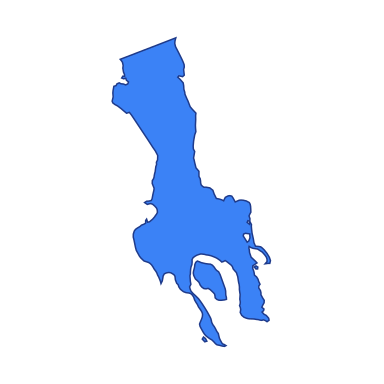 outline of Godofredo Viana, Maranhão, Brazil, rotated 140°
{"feature_id": "56859067B50011400065460", "entity_name": "Godofredo Viana", "entity_type": "district", "adm_level": 2, "iso_a3": "BRA", "parent_name": "Brazil", "parent_adm1": "Maranhão", "projection": "robinson", "projection_center": [-45.732, -1.359], "detail": "fine", "context": "isolated", "style": "filled", "palette": "blue", "viewbox_px": 384, "rotation_deg": 140, "n_neighbors": 0, "source": "geoboundaries", "source_scale": "gbopen_adm2", "svg_char_len": 5557}
<svg xmlns="http://www.w3.org/2000/svg" viewBox="0 0 384 384"><g transform="rotate(140 192 192)"><path d="M161.7,339.8L161.7,337.9L161.9,336.1L163.4,333.2L165.4,331.3L167.4,327.9L168.2,325.4L169.3,323.9L170.5,325.2L172.6,324.5L171.6,322.6L169.6,321.7L170.4,319.8L169.9,317.1L171.7,316.1L174.0,316.7L175.1,318.8L176.8,320.5L177.6,322.4L179.9,323.1L181.8,322.3L183.9,323.2L187.3,320.4L189.0,318.7L191.3,315.5L194.8,312.9L195.4,311.1L194.8,308.5L193.7,305.8L192.7,301.4L192.2,298.3L191.8,296.1L191.5,294.4L188.8,293.3L188.9,289.9L189.2,287.1L192.3,259.5L193.3,251.5L193.7,247.0L194.8,242.0L196.5,240.1L197.8,238.7L200.1,237.7L201.5,235.8L203.4,234.7L205.6,232.7L207.2,231.2L208.7,230.2L210.2,229.0L211.6,227.7L213.4,226.7L215.0,226.3L217.0,224.1L217.8,221.7L218.6,219.3L220.0,217.9L223.6,215.2L227.0,212.4L228.7,211.7L230.8,212.7L232.7,214.1L235.1,214.4L234.2,211.2L232.5,210.5L231.0,209.6L230.0,207.8L229.6,205.3L229.5,202.7L230.0,200.9L231.6,198.6L233.5,197.8L235.0,197.5L236.5,197.0L239.6,196.5L243.7,196.5L245.4,197.4L244.2,200.4L245.8,200.0L247.6,197.9L249.7,198.3L252.0,199.1L253.9,199.0L256.9,199.5L259.3,199.7L261.3,199.2L264.0,197.5L266.0,195.2L267.2,192.7L270.9,185.9L272.2,183.1L272.7,180.6L273.5,176.6L273.6,174.3L273.4,172.5L273.1,170.0L270.6,166.0L270.0,164.2L269.8,162.1L270.1,159.4L270.5,157.3L270.7,154.1L271.1,152.2L271.7,150.6L272.2,148.1L273.6,143.9L274.6,141.8L271.9,143.0L269.7,144.8L268.1,146.2L265.8,147.1L263.4,146.4L261.4,145.2L260.1,143.6L259.5,141.9L259.0,140.2L259.2,138.4L261.2,135.4L262.4,131.9L262.2,130.0L263.1,127.7L263.4,125.0L263.1,123.3L262.6,121.1L261.3,118.8L259.2,116.5L258.3,115.1L258.0,112.8L258.3,110.3L259.4,107.6L259.9,104.9L260.2,102.3L260.9,99.8L261.1,97.3L261.3,95.1L261.8,92.9L262.8,91.2L264.5,89.6L266.7,88.3L269.3,87.0L271.1,86.0L272.2,83.9L272.7,81.8L273.1,79.7L273.5,77.6L273.8,75.3L273.8,73.2L273.4,71.1L272.7,68.2L271.9,66.1L271.6,63.6L271.5,60.6L271.1,58.9L269.5,56.9L267.9,54.6L266.3,52.8L264.7,52.5L265.4,54.6L266.3,56.2L266.0,58.1L265.6,60.1L265.0,62.3L263.8,64.8L262.8,66.7L262.6,69.3L261.9,72.2L261.5,74.4L261.3,77.1L260.7,79.5L259.8,81.1L258.9,83.1L258.3,85.7L257.4,90.2L256.7,94.8L256.1,99.5L255.8,102.7L255.6,106.0L256.0,110.5L256.4,113.3L256.5,116.7L255.8,118.9L254.8,120.9L252.2,122.0L250.7,124.6L247.4,129.2L246.0,130.2L244.4,132.0L242.4,134.0L240.8,135.3L238.8,136.4L236.9,138.3L235.4,140.2L233.3,141.0L230.6,140.8L228.7,140.4L226.9,139.7L225.1,138.9L223.9,137.7L222.6,136.3L221.5,134.7L220.0,133.1L218.3,130.8L217.1,128.6L216.1,126.7L215.4,125.0L214.5,121.7L214.2,119.2L212.5,118.5L210.7,118.2L210.1,116.3L209.7,114.4L209.0,110.9L209.0,109.0L209.9,106.6L209.9,104.1L209.8,101.7L210.7,99.5L211.4,97.7L213.5,94.3L214.5,92.6L215.3,90.9L216.7,88.8L218.4,86.8L219.8,84.6L221.0,82.6L222.4,81.1L224.3,79.1L225.7,76.7L227.2,75.2L228.6,74.4L229.1,72.7L230.2,70.7L232.5,68.7L233.2,65.6L232.7,62.7L231.6,60.6L230.5,59.0L229.3,57.7L227.7,56.3L226.0,54.7L224.5,52.9L223.3,51.7L222.1,50.0L221.0,48.8L219.5,48.2L218.5,46.5L217.9,44.4L215.4,44.2L214.4,46.0L214.4,48.2L214.5,49.9L215.4,52.0L215.5,55.0L213.4,55.1L212.1,56.1L212.6,58.8L210.4,59.9L208.0,60.8L206.3,62.6L206.0,65.3L205.2,69.0L204.0,70.4L202.9,72.6L202.6,75.5L201.2,77.1L199.2,77.6L198.4,80.6L197.5,82.7L197.1,85.5L197.6,88.1L196.1,90.6L195.2,92.6L194.6,94.5L192.9,96.4L190.8,96.2L187.8,95.9L187.9,98.2L188.6,104.1L187.5,106.9L186.9,108.5L185.2,111.0L184.5,112.5L183.2,113.6L182.7,111.8L181.5,109.7L178.4,106.1L177.6,103.3L176.8,100.8L176.7,97.1L176.9,94.5L177.6,92.5L179.2,90.5L182.1,90.0L180.0,88.7L178.3,87.3L176.0,89.0L174.7,92.3L174.0,96.8L173.9,101.2L174.2,104.1L174.6,105.8L175.8,107.3L178.2,109.7L177.1,113.4L175.3,116.4L173.5,119.8L172.5,121.8L170.2,125.3L168.5,127.7L167.4,128.8L166.6,132.3L164.7,134.4L163.7,137.0L161.9,137.9L159.9,138.7L158.0,141.1L156.3,143.4L155.3,145.2L154.9,147.1L156.2,150.3L158.0,152.7L159.6,154.3L161.2,155.4L162.9,155.9L165.3,156.6L164.4,161.0L164.2,163.3L165.4,164.9L166.8,165.8L169.9,166.5L171.8,165.7L173.4,164.9L174.2,166.8L175.5,168.9L177.5,171.4L176.3,176.3L174.9,179.9L175.7,183.7L178.1,186.6L179.8,188.0L180.3,189.7L180.4,191.6L179.6,193.3L178.4,194.9L177.2,196.9L176.7,199.4L175.3,201.1L173.4,203.4L173.4,208.0L172.3,210.2L171.2,212.5L169.7,215.3L169.0,217.0L163.9,221.3L163.3,224.1L161.6,226.4L157.9,230.1L153.1,234.1L150.3,235.7L148.2,238.7L146.5,240.9L142.7,245.0L140.1,248.2L138.3,249.9L138.6,255.5L138.6,258.5L136.6,264.3L135.9,267.0L134.5,271.5L133.4,273.1L132.2,275.9L130.1,278.7L128.6,281.3L128.7,286.0L129.1,289.1L127.3,289.4L125.1,286.4L122.8,286.5L119.7,291.2L117.6,292.7L116.2,294.6L115.4,296.8L114.7,299.1L114.0,301.9L112.6,307.7L111.2,313.9L109.7,316.9L107.9,318.7L105.3,320.5L116.5,324.3L161.7,339.8ZM182.0,118.1L181.0,125.4L179.5,126.6L177.6,126.0L174.7,122.8L177.0,119.7L179.9,118.0L182.0,118.1ZM166.6,132.3L168.7,130.4L169.3,133.3L167.6,134.1L166.6,132.3ZM234.3,135.7L236.3,134.7L237.9,133.2L239.7,131.8L241.7,130.4L243.1,129.1L244.3,127.0L245.3,123.2L244.9,120.8L244.7,118.3L245.6,115.2L245.6,112.7L245.0,110.4L243.5,108.8L241.6,107.8L240.8,105.5L240.3,101.1L240.3,99.3L241.2,97.6L242.3,96.0L242.0,93.7L241.0,91.9L239.4,90.4L236.7,88.6L234.6,87.6L233.5,89.0L232.4,91.3L231.0,93.1L229.9,94.5L228.8,96.5L225.8,104.6L223.6,110.6L222.9,113.8L223.5,116.0L223.6,117.8L223.3,120.1L223.4,122.8L224.2,124.8L226.0,126.6L227.7,128.5L229.0,130.2L230.4,132.1L231.2,133.8L232.3,135.7L234.3,135.7ZM278.7,72.7L278.5,69.0L276.5,68.2L275.9,71.1L276.4,73.5L278.7,72.7ZM192.5,91.9L191.2,90.9L189.8,92.2L190.5,94.3L192.5,94.5L192.5,91.9Z" fill="#3b82f6" stroke="#1e3a8a" stroke-width="1.5"/></g></svg>